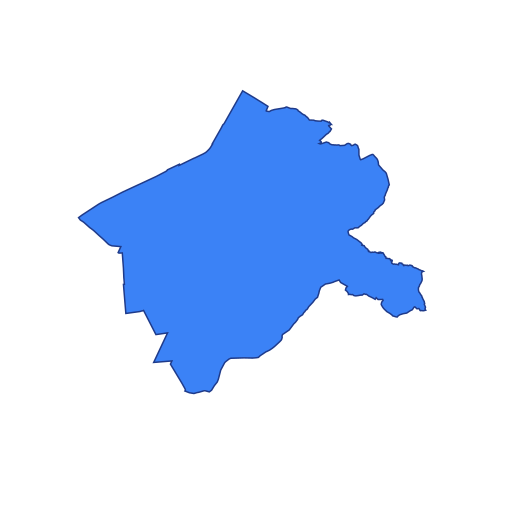 Moacsa, Covasna, Romania, rotated 116°
{"feature_id": "2599482B70686666792164", "entity_name": "Moacsa", "entity_type": "district", "adm_level": 2, "iso_a3": "ROU", "parent_name": "Romania", "parent_adm1": "Covasna", "projection": "orthographic", "projection_center": [25.941, 45.883], "detail": "fine", "context": "isolated", "style": "filled", "palette": "blue", "viewbox_px": 512, "rotation_deg": 116, "n_neighbors": 0, "source": "geoboundaries", "source_scale": "gbopen_adm2", "svg_char_len": 6074}
<svg xmlns="http://www.w3.org/2000/svg" viewBox="0 0 512 512"><g transform="rotate(116 256 256)"><path d="M408.5,260.7L408.3,258.2L408.1,255.9L406.8,251.5L404.6,249.1L403.6,247.7L399.8,243.5L399.4,242.6L398.6,238.4L396.1,237.1L390.8,236.6L386.3,235.6L383.3,235.8L374.0,237.7L365.9,237.4L365.3,237.3L364.2,236.9L360.5,235.1L359.0,233.9L352.8,222.1L349.2,214.3L347.3,211.1L346.1,209.4L343.7,208.5L337.5,204.9L337.3,204.6L334.6,202.5L331.8,200.9L329.3,199.7L322.6,197.1L320.7,196.5L319.8,196.4L318.6,196.6L317.4,196.9L316.8,197.4L315.7,197.7L314.9,197.7L307.9,193.7L300.4,192.3L298.3,191.5L294.8,190.8L293.0,190.9L290.8,189.9L288.4,188.4L285.8,188.2L284.6,187.7L283.3,187.6L282.3,187.2L281.8,186.8L281.0,186.6L278.4,186.4L272.7,184.6L268.9,183.9L267.1,183.1L266.3,182.6L262.0,183.2L259.6,183.8L255.7,184.1L250.6,181.2L250.1,180.4L248.0,177.6L245.8,175.2L244.8,174.4L241.1,170.8L242.7,168.3L243.2,160.6L245.2,161.1L247.4,160.7L247.9,158.7L248.4,157.7L249.3,156.4L250.1,156.0L249.2,154.6L249.1,153.6L248.3,152.3L248.6,151.1L248.6,150.4L248.1,148.8L246.7,146.7L245.2,144.7L244.6,143.4L242.6,142.3L242.5,140.8L242.0,139.9L242.6,136.7L242.5,135.8L242.5,132.9L242.7,129.9L240.8,129.7L241.6,127.2L239.5,123.1L240.2,122.3L242.3,122.8L244.2,122.4L244.8,122.1L246.2,120.1L247.0,118.7L247.7,117.0L248.1,115.5L248.6,114.3L248.9,110.5L249.4,108.0L249.9,107.0L249.3,103.4L248.9,102.3L247.5,102.0L245.9,101.1L243.4,98.5L241.2,95.5L237.8,93.5L236.8,92.8L236.2,92.2L235.5,91.9L233.0,91.6L232.3,91.3L232.1,90.9L232.9,88.2L231.8,86.6L232.0,86.1L233.0,84.7L233.1,84.3L232.6,83.6L232.0,81.9L231.6,81.2L230.3,79.7L229.8,80.6L229.4,80.7L229.0,81.1L227.7,81.2L225.8,83.4L225.5,83.6L224.9,83.5L223.8,84.4L223.2,84.8L221.2,87.5L220.4,88.3L220.1,88.9L219.4,89.3L218.2,91.5L217.2,93.0L217.1,93.5L216.4,94.3L215.2,95.2L213.3,96.1L211.3,96.0L209.9,96.3L208.7,96.0L205.4,96.0L203.9,96.5L200.6,98.6L199.9,99.2L198.6,99.8L197.9,99.8L196.9,99.4L196.4,98.8L196.3,99.8L196.8,100.5L196.6,101.7L196.8,103.8L196.6,104.3L196.6,104.8L196.7,105.3L196.7,107.3L197.1,108.5L196.9,109.9L197.0,110.4L196.9,110.8L196.4,111.1L196.3,111.8L196.6,113.3L196.9,114.0L197.7,114.5L198.1,115.4L197.9,115.8L198.1,116.3L198.6,116.9L198.9,118.2L199.1,118.6L199.8,118.8L199.9,119.2L199.8,119.4L199.4,119.7L199.1,120.2L199.0,121.7L198.6,121.8L198.6,122.0L198.9,122.6L199.1,123.7L199.9,124.4L200.4,124.4L201.4,124.1L201.6,124.7L201.8,126.1L202.2,126.7L202.5,128.1L203.1,128.8L203.0,130.3L202.7,130.8L202.8,131.0L201.6,131.9L201.4,131.4L200.7,131.4L200.4,131.5L200.1,132.0L200.2,132.5L201.0,132.7L200.7,133.4L200.1,133.9L199.8,134.7L199.9,135.1L200.2,135.6L200.5,136.3L200.5,136.8L200.7,137.4L201.1,138.0L200.9,138.3L200.1,138.7L199.8,139.1L199.9,139.7L198.7,141.3L198.4,142.0L197.8,142.6L197.5,143.2L197.5,143.6L197.7,143.9L198.3,144.1L198.3,144.4L198.2,144.7L197.9,144.8L197.9,145.8L198.3,146.4L198.6,146.2L198.8,146.1L198.8,145.7L199.0,145.7L199.9,147.2L199.8,147.4L199.3,147.2L199.1,147.4L199.2,147.5L199.6,147.7L200.0,148.1L200.2,149.3L200.2,150.9L200.7,151.3L201.4,152.4L201.4,152.9L201.7,153.2L202.1,153.9L202.5,154.2L202.4,155.1L202.6,156.7L202.6,156.8L202.2,156.8L201.8,156.9L201.6,157.5L201.5,158.3L201.0,158.6L200.6,160.9L199.9,162.5L199.3,163.3L199.6,164.4L199.9,165.0L199.9,165.7L199.6,165.7L199.2,165.4L199.1,165.6L199.1,165.9L198.6,166.3L198.2,167.0L197.0,172.6L196.9,176.4L196.5,178.0L196.3,180.5L196.5,181.2L195.6,182.4L193.9,183.9L193.1,184.1L191.5,183.6L190.4,182.6L189.8,181.8L189.8,181.4L189.5,180.9L188.3,180.1L187.5,179.7L186.9,178.7L186.8,178.3L186.1,177.0L185.6,176.4L184.8,176.2L182.8,175.2L182.4,174.8L179.8,173.9L178.6,173.1L178.2,172.7L176.9,172.5L176.6,172.1L176.0,171.7L175.2,171.5L174.4,171.6L173.8,171.2L170.1,170.6L168.5,170.1L166.2,168.9L165.5,169.3L164.7,169.4L163.7,169.0L162.8,168.9L162.3,169.1L158.4,167.1L157.7,167.0L156.3,166.4L154.1,165.2L153.5,165.1L152.8,164.8L149.2,165.0L147.1,166.4L146.3,166.6L144.6,166.5L143.6,166.8L138.5,167.0L137.8,167.3L136.2,167.2L135.2,167.6L133.6,167.4L129.0,171.1L124.5,175.2L123.7,176.9L123.0,179.8L120.4,185.8L118.0,187.3L116.5,188.7L115.5,190.1L114.3,193.4L113.8,194.4L113.5,195.5L113.9,196.2L115.9,198.0L121.7,202.3L123.6,204.1L123.4,204.7L120.2,207.7L115.0,210.3L114.1,211.4L112.5,212.8L112.1,213.8L112.0,215.8L112.7,216.6L113.6,216.9L114.9,218.4L114.8,219.1L114.1,220.0L114.2,222.1L115.0,223.3L117.7,224.9L120.0,228.9L119.8,229.9L120.0,230.6L120.9,232.0L121.6,233.9L122.0,234.3L122.1,235.1L122.7,236.4L122.9,238.3L122.3,240.4L122.6,241.8L122.7,242.7L126.1,246.1L127.1,247.4L127.2,248.4L126.9,248.1L125.4,247.1L124.6,247.7L124.3,248.8L124.2,249.5L122.8,248.9L121.7,248.3L115.8,246.1L114.3,245.1L113.3,244.7L112.2,244.5L111.7,244.1L108.7,243.9L108.4,244.8L107.1,247.8L106.9,247.9L106.4,247.0L105.5,246.6L105.4,246.7L104.9,246.5L104.7,246.0L103.5,248.7L104.2,248.8L104.0,250.3L104.6,255.4L105.0,256.1L105.4,256.5L105.8,256.4L106.3,256.6L107.4,259.1L108.3,261.5L108.5,262.0L108.6,263.5L108.8,264.1L110.4,267.6L108.8,270.6L108.8,271.5L108.2,273.2L108.0,273.9L108.0,274.5L108.2,275.3L108.0,276.1L107.9,277.3L107.4,279.0L107.0,281.8L106.5,282.3L106.3,283.7L106.3,284.7L107.5,288.1L108.1,289.2L108.3,290.0L108.6,293.7L108.9,294.3L109.6,294.6L110.9,296.1L116.3,303.7L118.4,306.0L120.4,307.4L121.2,310.1L121.1,310.5L116.3,310.8L115.6,316.6L115.0,322.6L114.6,326.3L113.4,340.4L151.1,342.7L152.6,343.3L156.9,343.4L174.5,344.5L174.5,344.1L178.6,344.5L180.8,345.0L184.2,346.2L185.5,346.9L187.5,348.3L194.8,354.1L195.4,354.7L208.3,364.8L207.2,365.2L209.6,367.1L217.4,373.4L218.1,373.4L219.5,374.1L228.8,381.0L257.0,403.9L265.3,410.1L275.7,418.3L278.3,420.1L295.6,430.4L299.3,432.3L300.7,429.6L301.1,426.0L301.4,424.8L303.3,418.1L303.7,415.9L304.2,413.3L306.4,406.0L307.8,400.9L310.0,394.2L310.2,393.2L310.2,391.7L310.0,389.9L306.8,381.6L313.4,381.4L313.5,380.8L313.3,380.2L311.9,377.5L325.1,369.8L333.2,365.4L339.1,361.9L339.2,362.2L339.6,362.7L364.7,347.8L356.8,336.0L355.2,334.3L355.1,333.9L354.2,333.2L370.5,311.5L363.9,301.8L396.5,301.3L387.2,285.6L390.7,285.5L402.7,267.0L406.6,261.4L407.6,260.6L408.5,260.7Z" fill="#3b82f6" stroke="#1e3a8a" stroke-width="1.5"/></g></svg>